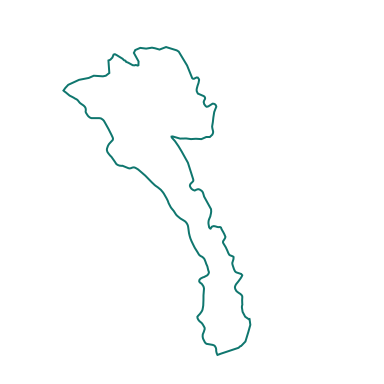 outline of Ayutla, San Marcos, Guatemala, rotated 330°
{"feature_id": "79465075B23985435861738", "entity_name": "Ayutla", "entity_type": "district", "adm_level": 2, "iso_a3": "GTM", "parent_name": "Guatemala", "parent_adm1": "San Marcos", "projection": "equal_earth", "projection_center": [-92.138, 14.706], "detail": "fine", "context": "isolated", "style": "outline", "palette": "teal", "viewbox_px": 384, "rotation_deg": 330, "n_neighbors": 0, "source": "geoboundaries", "source_scale": "gbopen_adm2", "svg_char_len": 4990}
<svg xmlns="http://www.w3.org/2000/svg" viewBox="0 0 384 384"><g transform="rotate(330 192 192)"><path d="M250.7,63.8L249.6,61.7L242.0,53.5L235.1,52.4L231.8,49.0L229.5,47.0L224.0,44.9L219.2,41.3L213.8,40.7L211.2,42.5L211.0,52.2L209.0,55.4L208.3,55.4L206.8,53.9L205.6,53.6L204.1,52.6L201.4,48.1L200.0,46.3L200.0,45.0L199.0,43.9L198.5,41.9L195.1,35.6L194.1,34.1L192.8,33.8L190.2,35.8L187.4,36.6L185.4,36.3L179.9,47.6L175.5,48.2L172.7,47.3L165.1,42.2L159.6,41.6L150.3,38.4L138.4,37.3L134.2,38.6L131.4,39.9L131.8,41.1L132.4,42.4L134.2,47.3L135.7,49.6L136.7,51.2L137.4,52.6L138.1,53.6L138.7,54.7L138.9,55.4L139.1,56.5L139.2,57.4L139.4,58.5L139.7,59.4L140.0,60.1L141.3,62.8L141.6,63.8L141.8,64.7L141.8,65.6L141.7,66.4L141.2,67.6L140.5,68.7L140.0,69.3L139.8,70.3L139.9,73.0L140.0,74.1L140.2,74.9L140.7,76.2L141.1,76.9L141.9,77.8L145.7,80.0L147.5,81.0L148.8,81.8L149.9,82.7L150.7,84.2L151.1,85.3L151.3,86.4L151.3,88.4L151.2,95.6L150.8,102.6L150.7,103.6L150.6,104.9L150.4,105.9L150.1,106.6L149.2,107.4L148.5,107.6L147.1,108.0L144.3,108.9L143.5,109.3L142.2,110.1L140.1,111.9L139.3,113.0L139.0,114.0L138.8,114.8L138.8,115.6L138.9,116.8L139.1,118.2L139.3,119.5L139.8,121.3L139.9,122.4L140.3,126.9L140.4,128.5L140.4,129.5L140.6,130.2L141.0,131.1L141.4,131.7L142.0,132.4L142.4,132.9L143.5,133.7L144.2,134.2L144.9,134.5L145.9,135.8L148.8,139.5L149.6,140.3L150.9,140.8L151.6,140.9L152.3,141.0L153.4,141.3L154.1,141.7L154.7,142.3L155.2,143.0L155.9,144.2L156.6,145.5L159.7,154.4L160.3,156.7L162.1,163.8L162.7,165.8L163.1,167.2L163.6,168.5L164.7,170.8L166.1,174.5L166.4,176.2L166.6,177.2L166.8,179.2L166.8,180.6L166.8,182.0L166.8,184.6L166.7,186.4L166.6,187.8L166.2,189.8L166.1,191.6L166.0,193.9L166.0,195.0L166.2,196.4L166.7,199.3L166.8,201.7L166.9,203.6L167.1,204.6L167.5,205.9L168.0,207.2L168.3,208.1L168.8,209.3L170.2,211.8L171.1,213.5L171.5,214.5L171.8,216.3L171.8,217.5L171.7,218.7L171.4,219.8L170.9,221.1L168.8,226.2L168.0,228.9L167.4,231.4L167.0,234.3L166.7,238.3L166.5,241.6L166.7,246.9L166.7,249.0L166.8,250.1L167.3,251.5L168.5,253.4L168.8,254.3L169.0,255.0L169.2,255.9L169.1,257.3L168.8,259.3L168.4,261.3L168.1,264.1L166.9,268.1L166.7,269.4L166.3,270.3L165.3,271.1L164.6,271.4L163.9,271.7L163.2,271.8L161.1,271.7L160.1,271.7L158.8,271.4L157.3,271.3L156.2,271.3L155.0,271.6L154.3,272.0L153.6,272.9L153.5,273.7L153.8,274.9L154.2,275.7L154.5,276.4L154.6,277.4L154.7,278.5L154.7,279.6L154.5,280.4L154.2,281.4L153.8,282.1L150.3,287.2L147.9,291.3L145.0,295.9L143.7,297.5L142.4,299.0L141.6,299.7L140.6,300.3L138.9,301.1L137.7,301.6L136.6,301.9L135.6,302.2L134.8,302.5L134.2,302.8L133.7,304.1L133.6,305.5L133.7,306.7L133.9,307.6L134.4,309.1L134.8,309.9L135.0,311.1L135.1,311.9L135.1,314.7L135.0,316.0L134.4,317.1L132.2,319.1L130.5,320.4L129.9,321.0L128.9,322.6L128.4,324.0L128.2,325.1L128.0,328.7L128.2,329.6L128.6,330.7L132.1,333.6L133.4,334.7L134.2,335.6L134.7,336.5L134.8,337.7L134.7,339.1L134.3,340.3L133.7,341.3L133.3,342.2L133.0,343.2L132.7,344.5L132.6,345.8L136.4,346.5L154.4,350.2L156.7,349.7L157.6,349.9L163.5,348.2L170.8,341.4L176.1,336.2L177.7,332.3L177.8,331.4L177.9,330.9L178.2,331.0L178.3,330.7L177.5,330.4L175.7,326.6L175.9,321.1L177.5,316.9L178.2,315.8L179.3,314.7L179.6,314.0L181.3,310.8L183.0,308.2L183.4,307.3L183.4,306.0L182.9,304.4L182.1,302.9L181.3,301.1L180.9,299.8L181.0,297.4L181.6,295.8L182.7,294.8L183.9,294.0L187.5,292.6L191.1,291.0L192.9,290.0L193.9,289.2L193.6,287.6L190.3,283.9L189.8,283.0L189.6,282.0L189.8,279.7L190.4,276.8L190.6,275.8L191.0,274.4L191.5,273.5L194.4,270.8L195.5,269.1L195.3,268.4L194.8,267.7L193.2,265.7L192.9,265.0L192.9,263.2L193.3,260.2L193.6,256.8L193.5,251.9L193.7,251.0L194.3,250.2L197.4,248.6L198.5,247.6L198.7,246.2L198.9,244.6L199.0,242.5L199.0,239.1L199.3,237.3L198.7,236.3L198.0,236.0L197.1,235.5L196.2,234.7L195.2,233.6L194.3,232.8L193.6,232.3L192.5,232.1L191.7,232.0L191.0,232.4L189.8,233.0L189.3,232.4L189.2,231.1L190.4,227.7L191.2,226.3L192.3,224.9L193.6,223.8L195.6,222.3L197.7,220.0L198.8,218.6L199.9,216.4L200.2,202.0L200.7,200.1L201.2,197.8L201.1,196.4L200.7,195.3L199.8,193.6L198.7,192.6L197.0,192.2L195.1,192.1L194.0,190.8L193.2,189.1L193.0,187.4L193.2,185.8L193.6,185.1L194.4,184.4L195.8,183.9L197.2,183.6L198.5,183.1L199.1,182.4L199.4,181.5L203.1,164.6L203.3,152.0L203.2,145.7L202.7,139.5L201.7,134.6L202.0,133.8L202.7,134.0L203.4,134.6L208.4,139.8L213.7,142.7L217.6,145.7L221.9,147.8L226.6,150.9L231.9,151.5L234.9,153.3L238.3,152.5L239.7,151.4L240.4,150.5L240.9,149.0L241.2,147.9L241.6,146.7L242.2,145.3L245.0,141.9L247.8,138.1L251.2,133.9L253.5,132.0L255.7,130.3L255.9,129.6L256.0,128.5L255.6,127.2L254.9,126.4L254.0,125.8L249.0,126.0L247.4,125.6L246.8,124.6L246.5,122.1L247.1,119.9L248.2,118.9L249.8,117.9L250.2,117.4L250.5,116.5L250.4,115.4L249.9,114.5L249.5,114.0L246.3,109.7L246.4,108.0L246.5,107.1L246.8,106.4L247.3,105.5L247.9,104.8L249.9,102.8L252.2,100.8L253.4,99.4L254.2,98.5L254.4,97.6L254.2,95.8L253.2,95.1L250.2,94.9L249.5,94.4L249.1,93.5L251.0,80.0L250.7,63.8Z" fill="none" stroke="#0f766e" stroke-width="2"/></g></svg>